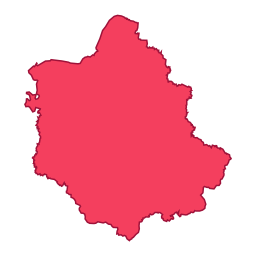 outline of Kanchanadit, Surat Thani, Thailand
{"feature_id": "78962969B17156499788774", "entity_name": "Kanchanadit", "entity_type": "district", "adm_level": 2, "iso_a3": "THA", "parent_name": "Thailand", "parent_adm1": "Surat Thani", "projection": "orthographic", "projection_center": [99.537, 9.081], "detail": "fine", "context": "isolated", "style": "filled", "palette": "rose", "viewbox_px": 256, "rotation_deg": 0, "n_neighbors": 0, "source": "geoboundaries", "source_scale": "gbopen_adm2", "svg_char_len": 5770}
<svg xmlns="http://www.w3.org/2000/svg" viewBox="0 0 256 256"><path d="M127.1,238.9L129.4,240.6L130.0,239.8L131.8,238.8L132.3,237.8L133.3,237.4L135.9,234.4L138.4,232.4L139.3,228.8L139.0,225.7L139.4,222.1L141.6,221.7L142.4,220.6L141.9,219.7L143.0,219.3L143.0,218.1L144.4,218.0L145.7,216.9L148.9,217.0L149.4,216.6L148.9,215.5L149.7,215.1L150.2,214.0L151.6,214.8L153.0,214.4L154.9,212.5L157.7,212.5L158.1,213.0L158.7,212.5L160.2,212.6L162.6,214.6L161.6,216.1L161.7,218.0L163.1,218.5L163.0,219.3L163.8,220.4L166.7,221.4L167.4,219.9L169.3,221.0L171.4,218.6L172.8,219.2L173.4,218.9L173.6,218.1L172.5,215.9L170.6,216.3L170.4,215.7L173.9,214.2L175.2,212.7L176.4,212.2L177.1,213.4L178.7,211.5L178.1,214.7L179.9,216.6L180.9,215.8L180.6,214.8L181.4,214.3L185.8,214.9L187.4,214.6L188.7,213.6L189.8,213.5L190.9,212.1L192.9,212.6L193.7,212.3L194.8,210.6L195.7,211.0L199.6,211.0L202.5,210.1L203.9,209.1L204.9,208.2L205.0,206.4L205.8,204.2L204.3,199.5L200.6,195.1L202.9,192.8L203.4,187.4L204.4,186.5L207.1,187.4L208.6,187.3L209.7,188.4L214.0,188.9L216.4,185.5L219.1,185.4L220.5,183.3L220.3,180.7L220.8,179.3L222.0,179.0L223.8,175.6L224.0,174.0L223.5,172.4L224.1,170.8L223.6,169.7L225.4,168.8L224.7,167.0L224.9,165.9L225.2,165.4L227.0,165.0L228.5,162.3L229.1,160.0L230.7,159.2L231.1,158.4L229.9,157.0L229.5,154.8L227.2,153.7L226.5,154.0L226.0,153.0L225.2,153.2L222.9,149.3L220.4,147.9L220.0,149.1L219.3,148.2L217.7,148.0L215.7,146.3L216.8,146.3L216.6,145.7L215.9,145.6L214.8,146.5L214.4,145.8L212.4,145.2L211.3,147.7L209.7,145.6L208.6,146.1L206.6,144.6L203.9,145.1L203.3,142.4L201.6,141.3L201.0,139.8L198.8,139.0L197.0,137.6L195.4,137.8L193.7,137.1L193.3,136.7L193.9,135.9L193.5,135.4L192.9,135.6L192.6,135.0L192.5,135.6L191.8,135.4L191.3,136.1L191.1,133.5L191.5,133.7L191.9,132.4L192.7,132.1L192.2,131.2L194.3,130.0L194.0,129.3L194.7,129.0L195.1,127.4L193.3,127.4L193.5,126.6L192.2,125.4L192.2,124.6L191.5,124.4L191.7,124.9L191.3,125.1L191.1,123.5L189.9,122.2L188.3,121.7L187.1,119.1L186.6,119.2L186.1,118.5L185.5,118.7L185.3,118.2L185.4,116.7L186.1,116.4L186.8,114.6L186.4,114.1L187.5,112.7L186.9,112.8L186.5,112.1L186.6,109.6L185.9,108.6L186.4,107.2L186.1,105.3L186.8,104.9L186.7,100.5L187.4,100.2L186.9,99.5L189.0,98.7L189.3,97.2L190.3,98.2L191.1,98.1L190.8,97.5L191.9,95.7L191.6,95.0L190.5,94.5L191.1,92.4L190.2,91.5L191.6,90.5L191.1,90.3L191.3,88.7L190.6,87.1L189.7,87.2L188.8,86.3L187.9,87.1L181.9,84.2L180.7,85.2L178.8,84.7L178.2,85.7L177.2,86.1L177.3,85.6L176.1,84.7L176.1,84.2L174.6,84.6L174.1,83.8L173.0,84.0L172.9,82.6L171.4,81.4L168.9,81.2L168.7,82.0L168.2,82.0L167.8,79.0L166.9,78.7L167.4,75.6L166.5,75.1L167.9,74.0L167.9,73.0L169.6,72.9L170.6,70.3L170.0,70.0L170.3,69.1L169.4,67.7L169.8,67.1L168.3,66.6L167.8,67.7L166.5,66.8L165.4,64.5L165.9,59.7L163.1,58.0L162.9,55.6L161.0,53.9L161.2,51.9L160.4,53.0L159.0,52.7L158.8,51.6L158.3,51.5L158.7,50.3L157.3,50.1L156.3,48.7L154.5,49.5L154.4,48.2L152.7,48.0L152.7,47.1L151.0,48.1L149.4,47.1L149.2,47.9L148.0,48.1L147.1,46.8L146.5,46.7L147.3,43.8L146.8,40.3L141.8,40.2L140.6,40.0L140.5,39.3L138.6,39.0L138.3,37.6L139.0,33.3L137.6,33.1L137.5,33.8L135.3,33.5L135.1,32.8L135.9,30.8L136.8,30.5L137.7,27.9L138.1,23.1L137.5,23.3L137.0,22.6L135.3,22.3L133.4,21.2L130.3,20.7L129.4,19.9L128.9,19.9L129.0,19.6L127.8,19.4L127.5,18.9L127.1,19.1L126.9,18.6L126.5,18.9L126.1,18.1L125.2,18.3L124.7,17.4L121.5,16.0L117.5,15.4L114.2,16.4L109.4,20.4L105.6,26.7L102.6,30.5L99.9,38.7L96.0,47.6L96.2,49.0L97.6,50.5L97.7,51.3L96.5,51.6L94.4,53.9L94.0,55.4L92.8,54.9L90.2,57.0L87.6,56.4L86.8,57.0L85.1,57.2L82.8,58.9L80.2,63.4L78.0,63.8L70.5,63.1L68.4,62.2L61.9,61.0L51.1,59.7L50.2,60.8L45.4,61.1L37.6,65.7L36.3,65.1L37.0,63.5L36.7,63.1L34.5,66.6L33.5,66.1L28.5,70.6L28.9,72.8L31.4,75.2L33.4,79.6L34.8,80.2L37.0,80.1L37.7,80.6L36.5,84.1L37.2,90.3L36.5,93.4L37.1,94.3L39.0,95.2L39.3,96.2L38.0,98.6L35.9,99.3L35.1,98.1L35.9,95.3L35.6,94.6L32.7,95.0L29.2,92.0L26.6,92.4L26.5,93.6L28.7,94.5L29.6,95.5L30.5,99.5L30.0,100.4L29.2,100.6L27.4,98.8L26.5,98.9L26.2,102.3L24.9,104.3L25.9,106.7L28.2,106.4L29.7,107.2L32.8,111.9L34.7,111.1L35.8,107.5L40.3,108.8L40.1,109.6L38.1,111.1L37.7,112.3L38.2,113.2L38.9,112.4L39.4,112.6L40.9,115.3L39.5,115.9L39.6,116.9L38.7,117.6L37.9,117.2L38.6,119.4L38.2,120.9L37.7,120.7L37.8,121.5L37.2,121.2L36.8,121.6L37.4,121.8L37.7,123.2L36.0,125.3L37.8,126.4L37.9,126.8L37.0,127.5L37.3,128.6L37.9,128.0L38.9,128.7L38.2,130.5L38.6,131.6L39.8,132.3L39.1,134.6L40.5,136.4L40.6,138.1L40.1,138.4L39.5,142.3L38.6,143.6L38.8,144.2L37.3,143.8L37.7,145.9L36.6,147.2L36.2,148.5L36.5,150.0L36.1,150.8L37.2,151.6L37.0,153.1L36.3,154.4L35.8,153.9L35.6,154.6L34.7,155.2L34.5,156.9L33.1,157.0L32.5,157.9L33.9,159.1L33.7,160.0L34.5,160.3L33.7,161.5L33.8,162.9L34.2,163.2L33.5,163.5L34.7,164.8L34.2,165.4L34.7,166.1L34.4,166.9L35.5,167.3L36.1,167.3L36.3,166.7L36.6,167.0L36.6,168.0L36.1,168.1L36.6,168.6L35.9,168.3L35.9,169.6L35.2,170.3L35.6,170.7L35.1,172.1L35.8,172.4L36.0,173.4L36.9,173.4L37.9,174.7L40.0,173.8L40.4,175.2L40.8,174.8L42.8,175.7L43.3,174.7L44.3,174.6L44.5,174.1L46.5,174.7L46.8,176.8L47.9,177.3L47.5,177.7L47.8,178.6L50.2,178.2L50.8,178.8L54.4,179.4L57.3,181.8L57.0,182.5L58.6,184.5L60.0,185.0L59.9,185.4L61.0,185.4L61.5,186.2L62.6,185.7L64.2,182.7L64.8,184.2L65.3,184.1L65.5,185.5L67.6,186.1L67.0,190.8L66.4,191.2L66.5,192.8L68.3,193.5L69.2,194.5L71.0,194.6L71.1,197.3L72.6,197.8L74.4,199.3L75.5,201.2L75.8,203.5L80.0,205.4L80.5,206.4L79.3,208.2L79.3,210.0L81.2,213.1L83.0,213.2L84.7,214.1L85.3,216.7L85.1,218.9L87.4,222.2L89.7,223.3L94.0,223.5L95.8,223.2L97.8,221.8L103.2,222.9L105.7,222.1L108.4,224.1L111.0,224.5L111.9,226.1L113.3,227.4L117.5,227.6L117.9,229.3L117.1,231.2L116.8,233.9L118.0,233.5L118.7,235.1L121.2,234.8L122.9,236.1L124.3,235.4L125.8,236.1L127.1,238.9Z" fill="#f43f5e" stroke="#9f1239" stroke-width="1.5"/></svg>